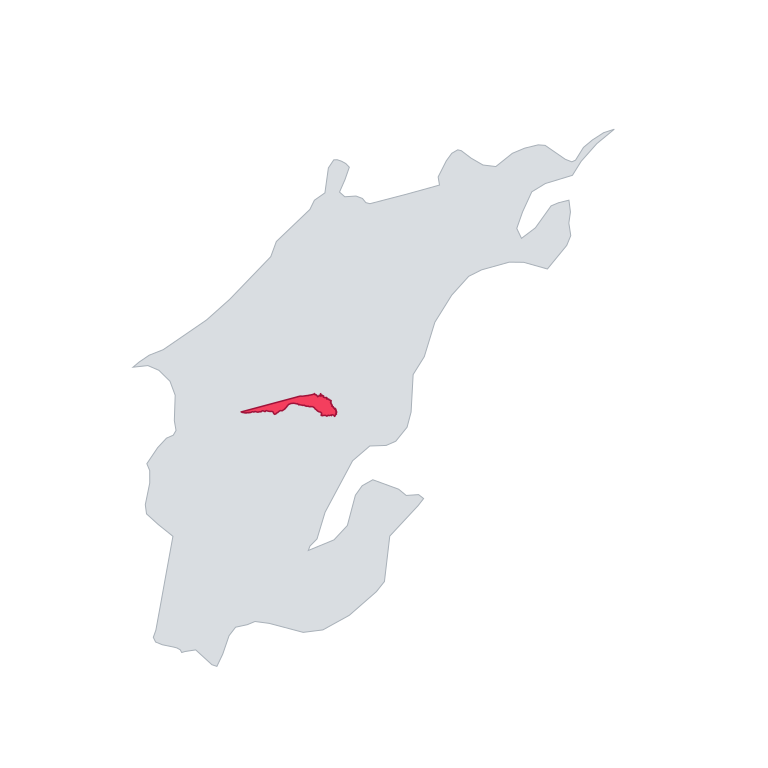 location of Alajuela, Alajuela, Costa Rica, rotated 255°
{"feature_id": "36466004B67061549070759", "entity_name": "Alajuela", "entity_type": "district", "adm_level": 2, "iso_a3": "CRI", "parent_name": "Costa Rica", "parent_adm1": "Alajuela", "projection": "equal_earth", "projection_center": [-84.238, 10.164], "detail": "fine", "context": "in_parent", "style": "filled", "palette": "rose", "viewbox_px": 768, "rotation_deg": 255, "n_neighbors": 0, "source": "geoboundaries", "source_scale": "gbopen_adm2", "svg_char_len": 7106}
<svg xmlns="http://www.w3.org/2000/svg" viewBox="0 0 768 768"><g transform="rotate(255 384 384)"><path d="M613.5,393.5L612.7,396.9L610.3,400.5L606.9,404.1L602.4,406.6L591.5,399.2L580.9,390.7L575.0,394.6L572.8,405.6L568.8,411.2L563.9,413.4L561.8,417.1L561.5,454.2L561.8,489.1L570.0,489.9L583.5,502.0L589.3,509.2L591.1,515.8L589.4,519.0L579.6,526.6L569.9,536.3L565.1,548.3L573.6,567.7L575.4,581.0L575.1,594.8L572.8,601.4L554.1,617.3L550.0,622.9L550.6,626.9L560.9,637.9L565.8,648.5L569.9,661.2L570.5,672.4L561.1,651.8L548.1,632.1L536.8,620.0L535.9,591.8L531.4,576.5L514.4,562.4L499.9,552.5L489.1,554.5L495.7,570.7L512.8,591.5L513.9,599.5L513.7,610.2L501.9,608.6L491.6,604.2L479.0,602.8L470.6,596.4L452.8,571.6L465.4,550.4L469.3,536.5L469.0,507.7L466.1,493.7L452.3,472.4L430.5,449.1L400.0,430.0L385.6,414.6L349.9,402.9L336.3,395.1L325.7,380.6L324.1,370.2L327.8,354.2L318.0,333.8L275.4,293.9L251.7,279.2L246.6,270.5L242.8,267.8L246.4,295.4L256.8,312.0L284.0,327.6L291.4,336.6L294.4,348.4L278.6,370.9L270.6,376.6L268.2,388.8L263.1,392.6L257.7,385.5L235.6,350.2L193.1,333.3L185.4,322.9L169.6,290.7L162.3,261.3L165.0,241.7L182.5,211.2L188.0,197.9L186.9,189.7L187.5,177.7L181.0,169.2L164.8,158.3L154.5,149.5L157.4,145.1L175.9,133.3L177.1,122.7L177.0,119.1L180.0,118.4L182.7,115.6L184.4,112.6L189.5,102.4L193.9,96.6L199.0,95.6L205.2,99.9L228.6,111.0L254.5,123.2L291.5,140.7L306.8,129.5L320.0,121.0L329.2,122.2L349.0,132.1L361.0,135.3L368.4,134.3L381.1,148.9L388.0,159.9L389.1,167.2L393.0,171.1L402.9,172.0L427.2,179.4L442.0,178.0L455.5,170.1L462.9,160.7L465.2,145.9L468.6,153.2L472.6,164.7L474.3,179.6L491.8,229.2L505.8,257.0L536.3,307.6L549.5,316.9L571.8,357.6L579.5,364.3L583.9,376.4L607.1,386.2L613.5,393.5Z" fill="#d9dde1" stroke="#a8b0b8" stroke-width="1"/><path d="M394.0,260.3L394.0,238.9L393.9,238.9L393.8,239.0L393.7,239.4L393.6,239.6L393.4,239.6L393.2,239.7L393.1,240.2L392.8,240.6L392.7,241.1L392.5,241.5L392.3,241.7L392.1,242.1L392.0,242.4L391.9,242.5L392.0,242.9L391.8,243.4L391.6,243.7L391.6,243.9L391.8,244.0L391.8,244.6L391.6,244.8L391.6,245.0L391.5,245.8L391.3,245.8L391.3,246.1L391.3,246.4L391.3,246.5L391.1,246.7L391.2,247.1L391.0,247.5L391.0,247.9L391.0,248.2L391.2,248.9L391.2,249.1L391.3,249.5L391.2,250.1L391.0,250.3L390.9,250.6L390.7,250.8L390.6,251.1L390.7,251.8L390.7,252.1L390.7,252.3L390.8,252.4L390.7,252.6L390.4,253.1L390.1,253.6L389.9,253.9L389.8,254.1L389.5,254.7L389.4,255.0L389.4,255.9L389.5,256.1L389.5,256.4L389.3,256.7L389.2,257.3L389.1,257.5L389.1,257.8L389.0,258.1L389.1,258.3L389.4,259.1L389.6,259.3L389.6,259.5L389.6,259.8L389.3,260.5L389.0,260.8L388.8,261.0L388.5,261.3L388.2,261.9L388.2,262.3L388.5,262.5L388.8,263.3L388.7,263.6L388.6,263.9L388.3,264.1L387.8,265.0L387.6,265.4L387.5,265.6L387.3,265.9L387.2,266.3L386.9,266.9L386.9,267.3L386.8,267.6L386.7,267.8L386.6,268.5L386.4,268.9L386.1,269.2L385.5,269.7L384.9,269.7L383.9,269.9L383.3,270.3L383.2,270.4L383.0,270.6L383.1,271.2L383.1,271.5L383.1,271.8L383.3,272.2L383.6,272.5L383.8,273.0L383.9,273.6L383.9,273.9L384.4,274.8L384.7,275.5L384.9,275.9L385.0,276.2L385.1,277.2L384.9,277.6L384.5,278.7L385.6,281.9L385.9,282.0L386.0,282.1L386.0,282.4L386.1,282.5L386.5,283.2L386.8,283.5L386.9,283.8L387.3,284.3L387.6,284.4L387.8,285.0L388.0,285.3L388.5,285.9L388.6,286.0L388.8,286.3L389.0,286.6L389.0,287.5L389.1,287.8L389.1,288.0L389.3,289.1L389.2,289.6L389.0,290.1L389.0,290.4L389.0,290.5L389.0,290.9L388.9,291.2L388.8,291.4L388.8,291.8L388.6,292.2L388.5,292.4L388.2,293.1L388.0,293.5L387.7,293.9L387.6,294.1L387.5,294.3L387.5,294.8L387.5,295.1L387.4,295.2L387.0,295.4L386.9,295.5L386.5,296.1L386.3,296.4L386.3,296.5L386.2,296.7L385.9,296.6L385.9,297.1L385.7,297.4L385.6,297.5L385.4,298.2L385.1,298.5L384.8,299.4L384.6,299.8L384.4,299.9L384.3,300.0L384.4,300.4L384.2,300.9L384.0,301.3L383.9,301.4L383.9,301.5L384.0,301.5L384.0,301.8L383.8,301.9L383.5,302.1L383.2,302.3L383.1,302.8L382.9,302.8L382.8,303.1L382.7,303.2L382.4,303.7L382.4,304.2L382.3,304.6L382.2,304.7L382.2,305.1L381.9,305.3L381.7,305.5L381.4,306.0L381.2,306.7L381.3,307.1L381.0,307.4L381.0,307.6L380.9,308.2L380.8,308.4L380.7,308.9L380.5,309.2L380.3,309.4L380.0,309.8L379.9,309.9L379.6,310.0L379.4,310.4L379.3,310.5L378.9,310.6L378.6,310.8L377.7,311.0L377.2,311.5L376.3,312.2L376.1,312.2L375.7,312.6L375.2,312.7L374.3,313.7L374.0,313.9L373.8,314.3L373.6,314.8L373.3,315.3L373.2,315.5L372.4,315.9L372.0,316.2L371.9,316.2L371.6,316.0L371.5,315.9L371.0,316.0L370.8,315.7L370.6,315.5L370.3,315.2L370.0,315.2L369.8,315.3L369.7,315.7L369.6,316.0L369.3,316.3L369.3,317.4L369.2,317.6L369.2,318.1L369.1,318.3L369.0,318.6L369.0,318.9L368.9,319.2L368.7,319.6L368.4,319.8L368.1,320.0L367.9,320.2L367.8,320.4L367.8,320.9L367.9,321.0L368.1,321.2L368.1,321.4L368.2,321.6L368.2,321.9L368.2,322.2L368.1,322.3L367.9,322.4L367.8,322.7L367.6,323.1L367.6,323.4L367.7,324.1L367.7,324.6L367.5,324.9L367.2,325.1L367.3,325.2L367.7,325.6L367.7,325.8L367.6,326.3L367.4,326.5L367.1,327.0L366.8,327.4L366.5,327.6L365.8,327.7L365.6,327.8L365.7,328.3L365.9,328.4L366.2,328.7L366.5,328.9L366.7,329.2L366.8,329.2L366.9,329.5L367.0,329.6L367.4,329.6L367.6,329.6L367.6,329.9L367.5,330.1L367.9,330.1L368.0,330.2L368.1,330.4L368.3,330.6L368.6,330.7L368.8,330.6L368.8,330.8L369.2,330.8L369.5,331.0L369.6,330.9L369.8,330.8L370.1,330.6L370.3,330.5L370.8,331.0L371.0,331.0L371.2,330.9L371.3,330.7L371.5,330.8L371.8,330.8L372.0,330.9L372.1,330.7L372.2,330.3L372.3,330.1L372.5,330.3L372.8,330.5L373.0,330.5L373.2,330.4L373.4,330.2L373.5,329.5L373.8,329.4L374.1,329.1L375.1,329.1L375.3,328.6L375.7,328.5L375.9,328.1L376.0,328.2L376.2,328.3L376.5,328.4L376.7,328.1L376.8,328.1L377.1,328.4L377.5,328.2L377.8,328.2L378.0,328.2L378.3,327.8L378.9,327.9L379.1,327.7L379.3,327.9L379.5,328.0L379.8,327.9L380.1,328.0L380.3,327.7L380.5,327.8L380.7,328.1L380.8,328.2L381.0,328.2L381.4,328.6L381.6,328.6L381.8,328.4L381.9,328.0L382.1,327.9L382.3,327.9L382.4,327.7L382.5,327.3L382.7,327.2L382.9,326.9L383.1,326.9L383.3,326.7L383.6,326.8L383.7,326.7L383.8,326.6L383.8,326.4L383.9,326.2L384.1,325.8L384.1,325.4L384.2,325.2L384.3,325.0L384.4,324.8L384.7,324.8L385.1,324.9L385.2,325.3L385.3,325.3L385.6,325.2L385.9,324.9L386.0,324.5L386.0,323.9L386.1,323.5L386.2,323.3L386.3,323.0L386.4,322.8L386.6,322.7L386.8,322.3L386.9,322.1L387.1,322.1L387.6,322.3L387.8,322.4L387.9,322.5L388.0,322.4L388.3,322.3L388.5,321.7L389.0,321.6L389.1,321.4L389.2,321.2L389.3,321.0L389.5,320.8L389.8,320.6L390.0,320.3L390.2,320.2L390.4,320.3L390.5,320.3L390.9,320.3L391.0,320.3L391.0,320.2L390.7,320.1L390.2,320.0L389.8,320.1L389.6,320.2L389.4,320.5L389.1,320.8L388.9,321.1L388.7,321.2L388.7,320.7L388.7,319.7L389.5,319.3L389.4,319.1L389.4,318.8L389.3,318.5L389.2,318.0L389.3,318.0L389.2,317.9L388.9,316.7L389.3,316.5L389.8,316.4L390.0,316.3L390.3,316.2L390.5,316.1L390.6,315.9L390.7,315.7L390.9,315.6L391.1,315.4L391.3,315.5L391.4,315.4L391.6,315.1L391.9,314.7L391.9,314.3L392.3,314.3L392.3,314.2L392.4,313.9L392.5,313.9L392.3,313.5L392.4,312.9L392.3,312.6L392.4,310.2L392.6,308.4L392.4,307.7L392.7,307.1L393.3,302.1L394.0,299.9L394.0,298.1L394.1,297.8L394.0,297.0L394.0,260.3Z" fill="#f43f5e" stroke="#9f1239" stroke-width="1.5"/></g></svg>